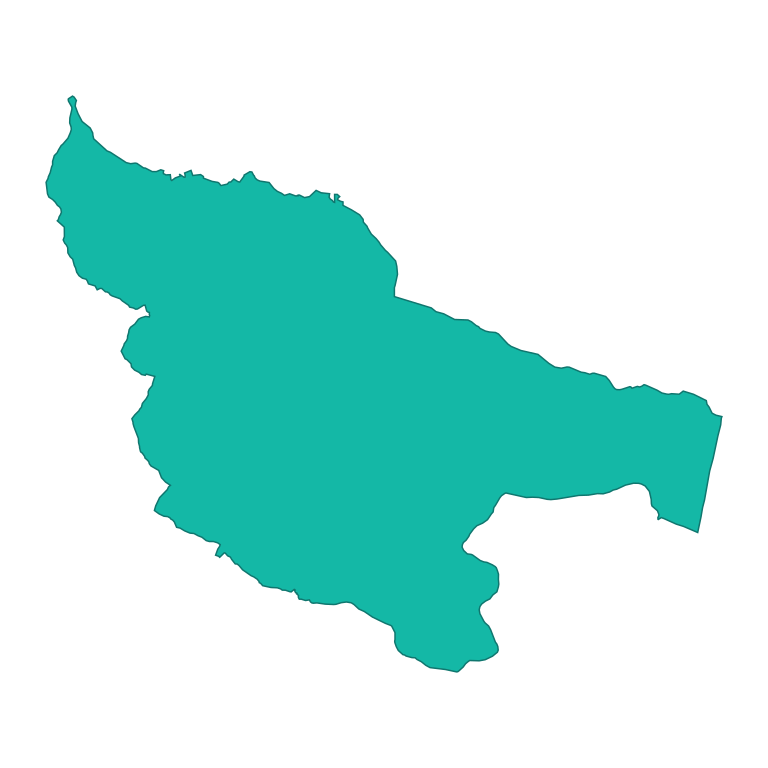 Lunca De Sus, Harghita, Romania
{"feature_id": "2599482B22332008821667", "entity_name": "Lunca De Sus", "entity_type": "district", "adm_level": 2, "iso_a3": "ROU", "parent_name": "Romania", "parent_adm1": "Harghita", "projection": "orthographic", "projection_center": [25.973, 46.514], "detail": "fine", "context": "isolated", "style": "filled", "palette": "teal", "viewbox_px": 768, "rotation_deg": 0, "n_neighbors": 0, "source": "geoboundaries", "source_scale": "gbopen_adm2", "svg_char_len": 6061}
<svg xmlns="http://www.w3.org/2000/svg" viewBox="0 0 768 768"><path d="M465.5,663.8L467.7,661.9L469.7,660.5L479.2,660.8L485.2,659.7L492.5,656.2L497.4,652.2L498.2,650.1L497.8,646.5L496.8,644.0L495.4,642.1L490.7,629.9L488.6,626.0L485.1,622.9L483.9,621.3L479.9,613.7L479.2,609.8L479.9,606.6L481.7,604.0L485.5,601.1L489.9,598.9L492.9,594.9L496.9,591.8L498.4,586.7L498.8,584.1L498.4,579.4L498.5,574.2L497.4,570.7L496.3,567.8L495.2,566.6L492.3,564.8L487.0,562.4L483.8,561.9L480.2,560.5L472.6,555.0L471.2,554.4L467.3,553.9L463.7,550.5L462.1,547.2L462.4,544.7L463.4,542.5L466.1,540.2L468.9,536.2L469.7,534.2L473.7,528.8L476.9,525.7L482.7,523.1L487.5,519.7L491.4,513.9L493.1,512.0L493.8,507.6L495.4,505.4L499.9,497.7L501.5,495.7L505.0,493.3L506.0,493.0L526.3,497.5L532.4,497.2L538.8,497.5L547.1,499.3L550.8,499.6L557.2,499.0L578.9,495.4L588.5,495.1L597.5,493.6L603.2,493.8L609.6,492.0L613.3,490.0L616.7,489.2L625.5,485.1L633.6,483.2L638.6,483.3L641.4,484.0L645.2,486.0L649.4,491.4L651.2,499.4L651.4,503.8L652.0,506.0L657.4,510.7L658.9,514.5L658.6,516.1L657.9,517.5L658.0,519.3L658.3,519.5L661.2,517.6L663.8,518.5L676.2,524.1L683.5,526.4L697.7,532.5L701.0,516.9L702.6,507.5L704.5,500.1L709.7,470.9L713.1,458.5L717.9,435.9L720.7,424.9L721.3,418.4L721.9,416.6L716.0,415.2L712.1,413.2L709.1,407.1L707.0,404.3L706.3,400.6L693.6,394.3L683.2,391.1L679.2,394.2L671.5,393.7L668.7,394.3L666.7,394.1L661.9,393.0L657.1,390.2L645.6,385.1L644.0,384.7L641.8,386.2L639.7,387.0L637.3,386.4L632.0,388.2L630.8,386.9L629.8,386.7L621.8,389.3L619.8,389.7L616.6,389.6L615.0,388.8L613.4,387.0L609.2,380.4L605.7,376.5L594.2,373.2L592.3,373.3L589.8,374.3L584.8,372.7L581.2,372.2L569.3,367.2L567.0,367.0L561.4,368.2L554.8,367.1L548.9,363.4L538.0,354.4L520.9,350.5L511.1,346.4L507.8,344.0L498.5,334.0L495.5,332.5L489.5,332.0L485.5,331.1L480.0,328.4L478.6,326.7L476.2,325.6L471.5,321.8L468.0,320.0L454.6,319.5L443.7,313.8L436.0,311.7L431.3,307.9L394.4,296.6L394.4,287.6L395.1,285.4L397.5,274.3L396.8,266.4L395.6,261.0L387.6,252.3L385.4,250.4L380.7,244.9L379.0,242.1L376.1,238.6L371.3,234.1L367.7,228.0L367.0,226.2L363.4,222.2L363.1,219.3L359.7,214.9L351.4,209.8L343.0,205.4L343.0,201.9L340.6,201.3L337.6,199.7L337.9,198.3L339.7,196.6L337.3,194.4L334.6,194.4L334.6,202.4L333.4,202.0L332.4,200.5L330.3,199.1L329.1,197.2L329.6,193.7L321.2,192.8L316.1,190.4L309.5,196.6L304.5,197.6L299.5,195.1L298.5,195.1L298.4,195.6L297.4,195.4L297.1,195.9L295.5,195.9L289.7,193.8L284.5,195.4L281.5,193.3L277.4,191.4L273.9,188.6L269.1,182.5L260.0,181.1L257.2,179.9L255.1,177.9L254.3,175.9L253.6,175.2L251.9,172.0L249.9,171.7L244.1,175.1L244.0,176.2L239.7,182.1L237.9,181.6L233.8,179.1L230.8,182.0L229.1,182.1L227.3,184.1L221.2,185.5L220.8,185.5L219.2,183.3L217.9,182.4L212.1,181.4L203.5,178.2L203.4,176.5L200.6,174.6L192.8,175.5L191.0,170.4L184.6,173.0L185.1,174.9L185.1,177.0L184.1,177.3L179.3,174.1L180.5,176.0L175.3,177.9L171.8,180.5L170.9,179.7L170.3,174.7L166.0,174.9L163.4,173.6L163.3,172.3L163.7,170.7L160.8,169.8L156.4,171.6L152.2,171.6L145.4,168.1L143.5,167.9L136.9,163.4L135.1,163.1L130.6,163.7L126.2,162.6L110.4,152.3L107.0,150.9L93.7,138.8L92.9,135.2L92.7,132.9L90.2,128.0L82.1,121.5L78.0,113.6L75.2,106.1L75.7,102.6L76.4,100.5L74.1,97.1L72.5,96.1L68.4,98.8L68.2,99.7L68.5,101.2L71.7,106.9L71.9,107.8L71.9,109.2L69.9,117.8L69.7,122.0L69.7,123.0L71.1,127.0L71.3,129.6L70.3,132.8L67.9,138.3L62.7,144.3L61.2,145.5L58.6,149.8L57.2,152.7L54.3,155.6L52.6,161.4L52.6,164.8L51.6,167.0L50.2,172.7L48.3,176.9L48.1,178.3L46.1,182.3L47.5,193.8L48.9,197.1L52.6,199.5L55.3,202.2L57.4,205.3L59.6,207.0L60.9,209.0L61.4,212.3L60.4,214.8L59.2,216.7L58.3,219.7L57.3,220.8L64.3,227.1L64.4,236.6L63.2,239.9L64.7,243.1L66.3,244.9L67.7,247.6L67.9,252.9L70.2,256.8L72.7,259.2L74.3,265.4L75.6,268.0L76.7,272.2L79.0,275.7L82.4,278.2L86.1,279.2L87.2,280.7L88.5,283.9L95.1,285.9L97.2,289.8L100.1,288.4L101.8,288.5L105.4,291.8L107.3,292.0L109.2,293.2L110.1,294.7L112.1,295.9L120.0,298.7L122.4,301.0L128.6,305.3L129.6,307.1L133.5,308.0L135.7,309.2L137.5,309.0L143.5,305.3L145.1,305.2L146.7,311.0L148.0,312.1L149.4,312.5L149.3,314.5L149.7,315.4L149.3,316.9L145.7,316.4L141.1,317.8L138.5,319.2L134.8,324.1L130.5,327.3L129.1,329.8L128.6,332.9L127.6,336.1L127.5,338.4L126.6,340.6L124.2,343.9L123.9,345.4L121.2,351.1L125.1,358.8L126.9,359.6L131.0,363.7L131.5,366.9L134.6,370.1L139.0,372.3L141.5,374.5L145.3,375.3L146.2,374.1L154.8,376.4L152.5,383.9L152.4,385.4L149.2,389.3L148.2,391.7L148.3,394.9L146.3,398.6L142.4,403.4L141.4,407.3L139.7,409.2L139.0,410.7L134.8,414.9L131.9,418.7L133.0,422.2L133.1,423.8L134.0,426.9L138.4,438.4L138.6,442.8L139.5,446.1L139.6,447.8L140.4,451.2L140.8,452.0L142.3,453.1L144.7,456.5L145.0,458.0L147.8,460.5L148.9,462.0L149.3,463.7L151.0,466.0L158.7,470.4L161.5,477.7L165.6,482.1L170.4,485.3L168.5,487.0L167.4,489.5L159.6,497.6L155.7,505.9L154.4,510.5L159.1,513.9L163.9,516.2L167.7,516.6L169.9,517.8L170.9,519.1L172.6,520.0L174.3,521.9L176.6,527.3L180.1,528.1L184.7,530.9L190.0,533.1L194.0,533.5L198.0,535.7L201.9,537.2L206.2,540.6L209.3,541.5L213.4,541.5L217.6,542.8L220.2,544.6L219.6,546.4L217.8,549.1L215.6,555.2L218.7,556.3L219.7,557.3L224.3,552.8L225.4,553.2L227.6,555.8L230.4,557.1L231.6,559.3L235.2,563.9L237.3,564.1L239.1,565.6L242.6,569.8L251.1,575.7L253.8,576.9L257.2,579.2L259.2,581.7L259.2,582.6L260.7,583.4L262.7,585.7L271.0,587.5L277.3,587.8L280.6,588.9L282.2,590.1L285.4,590.2L289.8,591.7L291.2,591.9L294.2,589.4L294.7,589.5L295.1,590.0L294.5,590.3L295.5,592.5L296.8,593.0L297.1,593.6L296.7,593.9L298.5,595.5L298.3,596.7L298.5,597.7L299.3,599.2L301.3,599.2L305.6,600.5L309.4,599.9L310.4,601.8L311.8,602.9L313.3,603.2L316.9,602.9L325.1,604.1L333.8,604.5L335.9,604.3L341.2,602.7L346.4,602.0L351.3,602.8L354.1,604.6L358.8,609.0L364.3,611.5L372.5,617.1L385.5,623.4L390.7,625.4L391.7,626.1L395.0,632.6L395.0,639.5L394.7,641.1L394.9,642.7L396.3,646.7L398.3,650.5L403.0,654.7L404.5,654.9L406.0,656.0L411.8,657.6L415.2,657.8L416.9,659.4L421.3,661.7L425.8,665.3L430.0,667.6L445.5,669.5L456.6,671.9L457.8,671.7L459.0,670.8L463.2,667.0L465.5,663.8Z" fill="#14b8a6" stroke="#0f766e" stroke-width="1.5"/></svg>